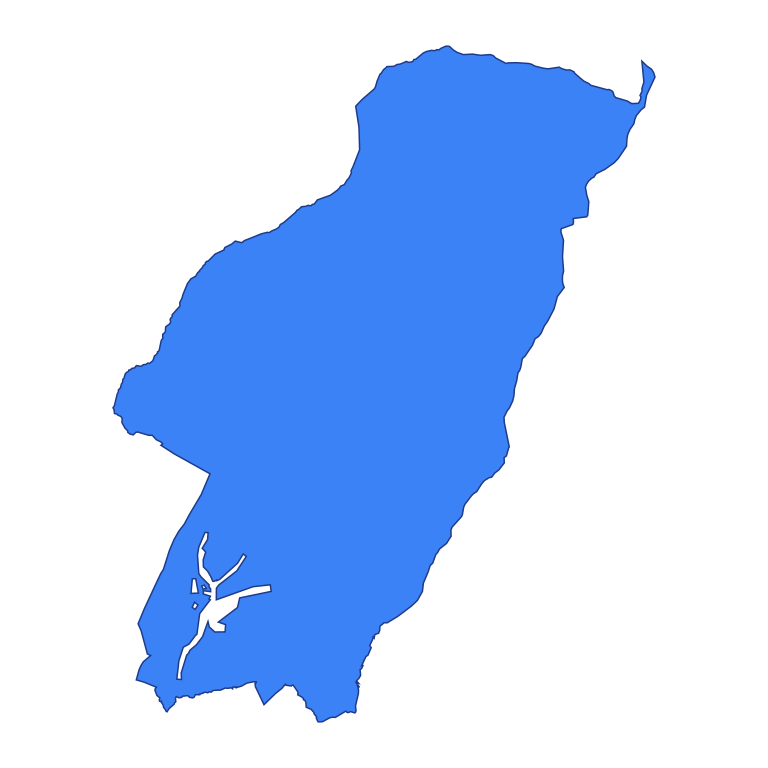 outline of Capalnita, Harghita, Romania
{"feature_id": "2599482B88732151149022", "entity_name": "Capalnita", "entity_type": "district", "adm_level": 2, "iso_a3": "ROU", "parent_name": "Romania", "parent_adm1": "Harghita", "projection": "albers", "projection_center": [25.497, 46.388], "detail": "fine", "context": "isolated", "style": "filled", "palette": "blue", "viewbox_px": 768, "rotation_deg": 0, "n_neighbors": 0, "source": "geoboundaries", "source_scale": "gbopen_adm2", "svg_char_len": 6064}
<svg xmlns="http://www.w3.org/2000/svg" viewBox="0 0 768 768"><path d="M306.2,707.2L311.2,709.4L314.0,712.6L314.1,713.9L316.6,716.8L316.3,718.0L317.3,720.4L318.1,721.8L319.0,721.9L322.5,721.7L329.7,717.8L332.5,717.2L335.4,717.4L345.9,711.1L347.1,712.4L348.4,712.6L350.5,711.6L354.8,712.9L355.7,712.0L356.0,710.4L355.5,706.0L358.4,693.5L358.5,689.6L357.6,686.2L359.5,687.3L356.2,682.6L358.6,683.3L356.5,680.9L359.1,678.1L360.6,675.3L360.1,669.5L361.5,668.7L362.9,665.7L361.6,665.9L366.0,656.4L367.9,655.3L371.2,647.7L369.7,645.6L372.5,639.8L373.1,636.9L374.1,638.2L374.9,634.5L378.5,633.3L379.7,630.5L379.9,626.2L384.1,622.8L387.2,622.8L398.0,616.2L411.5,606.0L417.4,600.4L422.4,591.5L423.4,583.1L428.1,571.9L430.2,565.5L432.7,563.2L435.8,554.5L437.6,552.5L439.5,549.0L446.6,543.3L451.1,536.2L450.9,530.1L452.1,527.1L461.6,516.5L462.4,514.5L463.7,507.1L464.9,504.3L471.1,496.2L473.0,494.1L476.8,491.5L481.5,484.0L484.3,480.7L488.8,477.8L491.7,477.1L494.9,472.9L498.9,469.9L504.3,462.9L504.1,457.7L506.4,455.9L508.8,447.4L509.3,446.9L504.3,422.6L504.0,417.2L507.1,411.0L509.5,407.8L512.6,401.2L513.9,395.9L514.5,388.4L516.7,380.7L517.9,373.1L519.9,369.9L520.9,366.6L522.3,358.7L524.9,356.3L532.5,345.2L535.1,338.7L538.4,336.6L541.0,333.4L544.3,326.0L547.8,320.9L554.0,309.0L557.4,296.5L564.2,287.5L562.8,283.6L562.4,280.3L562.5,275.7L563.6,271.0L562.5,256.7L563.5,240.3L560.9,232.0L561.2,228.7L572.9,224.5L573.5,222.5L573.3,218.5L586.7,216.8L587.8,215.0L588.8,201.6L586.9,195.7L585.4,187.3L586.6,184.2L588.5,181.1L591.8,178.2L593.9,177.1L596.2,173.7L604.8,169.4L614.3,162.6L618.2,158.5L626.5,146.3L627.0,138.4L627.8,134.3L630.0,129.4L633.9,123.7L634.8,119.5L636.4,115.5L641.1,109.8L644.5,107.1L646.6,95.1L655.0,77.0L653.6,72.6L651.6,69.3L647.0,66.1L641.9,61.2L643.9,82.3L641.9,88.5L642.1,91.2L640.0,95.4L641.0,97.1L640.4,99.7L638.5,103.3L631.7,103.6L627.3,101.0L615.7,97.6L614.2,96.0L613.0,92.1L611.7,90.7L609.0,89.5L607.0,89.7L590.5,85.2L589.1,83.7L584.2,81.3L580.7,78.5L574.7,73.3L574.1,71.9L570.0,69.9L566.2,70.0L561.4,68.5L559.3,67.2L548.2,68.8L543.8,68.3L534.8,66.1L531.9,64.4L528.9,63.5L516.5,62.7L507.9,62.9L506.2,63.5L495.8,58.1L493.2,55.6L490.3,54.6L480.3,55.3L472.7,54.1L463.4,54.6L457.1,52.4L453.3,50.0L449.6,46.5L447.7,46.1L445.5,46.3L440.6,48.5L439.1,49.8L436.8,49.7L434.4,50.8L431.8,50.3L426.5,51.5L423.3,53.0L415.7,59.3L413.9,59.5L412.8,61.4L411.7,61.9L408.4,62.4L406.5,61.4L400.2,64.1L397.0,64.5L394.0,66.3L386.8,66.6L386.3,67.5L383.7,69.5L381.2,73.3L380.1,74.0L377.1,81.1L375.5,86.8L374.3,88.9L362.3,99.3L355.7,106.2L359.0,127.5L359.6,149.8L353.1,166.5L351.0,170.9L351.4,172.7L350.6,174.8L348.8,178.2L347.3,179.7L344.3,184.6L340.6,186.2L339.4,188.2L337.3,190.2L330.3,195.3L317.5,199.8L314.1,204.2L312.3,204.4L311.1,205.7L307.8,205.4L306.0,206.3L301.5,206.7L298.5,209.6L297.3,210.0L295.2,212.7L283.5,222.7L280.3,224.5L279.2,226.9L276.8,228.8L271.8,230.9L269.1,232.7L267.6,232.3L261.4,233.8L244.4,240.6L241.8,242.7L235.3,241.1L231.7,244.1L225.0,247.4L224.3,248.5L224.1,249.9L215.2,254.0L207.9,261.3L207.0,261.2L205.4,262.6L205.3,264.0L203.1,265.8L202.5,267.4L199.5,270.5L199.6,271.2L197.8,272.5L195.6,276.3L190.9,278.8L187.4,283.7L182.9,294.7L182.0,298.2L179.8,302.6L179.9,306.1L172.1,314.8L172.3,316.5L170.5,318.5L170.1,319.8L170.6,321.1L170.1,323.5L165.7,326.8L165.3,331.6L164.9,332.5L162.7,334.3L162.8,338.7L161.8,339.5L161.1,341.0L159.3,349.8L158.7,351.1L157.4,352.0L157.6,352.9L155.5,355.4L154.5,355.8L152.9,360.7L149.5,363.4L147.7,363.1L145.9,364.4L143.3,364.7L141.2,366.3L136.3,365.6L134.6,367.9L131.8,368.4L130.0,370.1L129.0,369.9L128.1,371.8L126.5,372.4L125.1,374.2L123.9,378.5L123.0,379.1L122.4,382.8L121.4,384.0L120.7,387.0L119.9,388.6L118.5,389.6L118.3,392.0L117.2,394.1L114.4,405.7L113.0,407.8L114.0,409.5L114.5,413.6L116.8,413.9L117.5,414.9L120.7,416.4L122.2,418.3L121.9,422.5L125.1,428.3L127.6,430.7L127.8,432.4L130.1,434.1L133.2,434.9L135.8,432.4L137.6,432.0L148.7,435.3L152.3,435.3L156.3,439.7L160.8,441.9L162.7,443.8L160.9,445.3L174.3,453.9L210.0,473.8L201.3,494.4L189.3,514.7L184.3,524.1L178.8,531.2L174.0,539.7L169.4,550.5L163.4,569.4L160.7,573.7L156.3,583.0L144.4,608.6L138.1,623.8L141.1,630.6L147.4,654.0L150.6,655.5L143.3,661.8L141.0,665.5L139.1,669.7L136.3,679.9L144.2,682.2L156.4,687.2L155.2,688.8L154.9,690.3L157.0,695.5L159.8,697.9L159.3,699.8L159.5,701.1L160.5,701.7L161.5,701.2L161.7,702.7L163.3,705.4L163.6,707.6L164.7,708.5L166.0,711.1L167.0,711.8L169.1,708.6L174.1,704.2L174.7,702.6L175.8,701.8L175.5,698.4L176.2,696.5L178.9,697.8L181.6,697.4L182.7,696.2L187.1,695.7L188.2,695.9L189.7,697.4L192.8,697.9L194.3,697.0L195.3,694.7L199.8,694.7L200.0,693.9L202.9,693.3L203.3,692.7L205.5,692.2L207.8,692.8L209.2,691.8L211.3,692.1L212.7,690.7L214.9,690.3L220.5,690.1L225.1,688.1L228.5,688.3L231.1,687.7L232.6,688.8L232.9,687.2L233.5,686.8L236.1,687.8L236.3,686.8L237.5,687.3L241.5,686.1L246.9,683.1L253.9,681.7L256.2,681.8L256.3,682.6L255.0,683.4L255.4,686.7L264.0,704.7L275.5,693.5L281.9,688.4L285.1,684.4L285.4,685.1L291.3,686.0L292.1,685.2L293.2,685.2L297.4,691.2L298.1,693.0L297.7,694.8L301.6,696.9L303.3,698.3L303.5,699.8L304.9,700.3L305.9,702.6L306.2,707.2ZM212.7,581.2L214.1,581.4L216.6,580.0L216.9,580.7L219.8,579.3L237.6,563.2L243.2,554.0L246.3,556.4L236.8,570.9L218.9,584.9L216.4,588.2L216.3,599.8L253.0,586.7L270.3,584.8L271.2,591.4L239.7,597.9L237.5,607.5L218.3,622.1L225.6,624.6L225.1,631.9L214.8,632.0L209.3,627.0L208.0,621.5L202.5,636.8L196.4,644.8L190.0,650.2L188.4,653.4L186.7,655.1L181.2,673.0L181.5,679.5L176.8,679.2L178.9,660.7L183.3,647.2L188.9,644.2L195.5,635.4L196.9,634.3L199.7,613.6L210.3,599.8L209.0,599.1L210.4,596.2L203.4,594.0L203.3,590.7L210.7,591.7L210.5,588.6L209.1,587.1L209.1,584.8L200.9,576.7L198.8,573.6L197.5,555.1L198.8,547.1L205.0,532.4L208.1,532.7L207.6,539.5L202.2,548.3L205.7,552.0L203.2,559.9L203.4,566.9L207.5,571.0L211.0,577.0L212.7,581.2ZM198.4,593.1L191.0,593.4L192.3,578.8L195.7,578.7L198.4,593.1ZM198.0,605.0L195.1,609.4L192.2,607.3L194.6,602.2L198.0,605.0ZM206.3,588.5L203.1,589.0L201.7,586.1L204.3,585.1L206.3,588.5Z" fill="#3b82f6" stroke="#1e3a8a" stroke-width="1.5"/></svg>